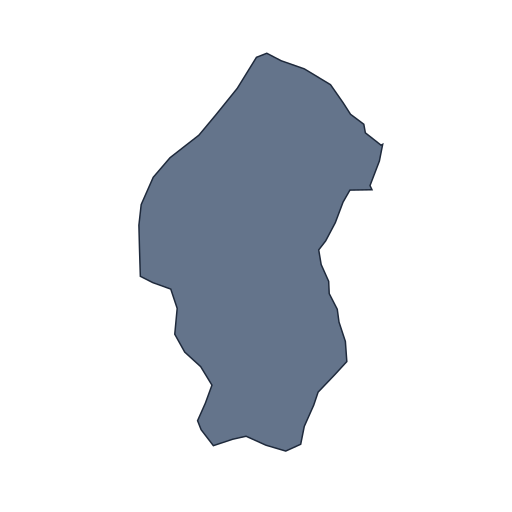 the district of Mönsterås, Kalmar, Sweden, rotated 204°
{"feature_id": "70781695B14809952368056", "entity_name": "Mönsterås", "entity_type": "district", "adm_level": 2, "iso_a3": "SWE", "parent_name": "Sweden", "parent_adm1": "Kalmar", "projection": "albers", "projection_center": [16.333, 57.094], "detail": "fine", "context": "isolated", "style": "filled", "palette": "slate", "viewbox_px": 512, "rotation_deg": 204, "n_neighbors": 0, "source": "geoboundaries", "source_scale": "gbopen_adm2", "svg_char_len": 847}
<svg xmlns="http://www.w3.org/2000/svg" viewBox="0 0 512 512"><g transform="rotate(204 256 256)"><path d="M328.6,445.6L336.4,437.7L341.3,401.6L349.9,369.3L357.3,343.2L374.5,310.9L381.9,286.1L381.8,256.3L375.5,236.5L365.5,215.5L353.4,190.4L339.5,189.7L320.4,191.1L306.7,176.1L298.4,151.5L282.0,139.2L261.5,132.4L243.7,120.1L242.4,100.9L242.4,81.8L235.5,75.0L217.8,65.4L202.8,79.1L191.8,87.3L170.0,87.2L149.5,89.9L147.1,92.6L138.6,102.2L142.6,120.0L142.6,143.2L143.9,156.9L135.6,180.1L130.1,196.5L139.6,214.3L153.3,229.4L160.1,240.4L173.8,251.4L179.3,262.4L193.0,274.7L201.2,287.1L198.5,298.1L197.1,318.7L198.4,340.6L197.0,354.4L177.0,363.7L180.5,366.7L181.9,392.9L185.7,409.6L186.9,408.1L206.2,413.0L211.1,420.2L227.3,423.9L238.7,431.4L257.6,442.8L287.9,446.6L312.5,444.6L328.6,445.6Z" fill="#64748b" stroke="#1e293b" stroke-width="1.5"/></g></svg>